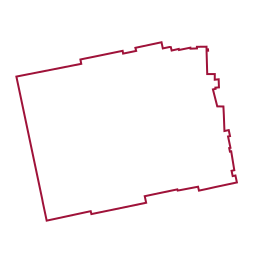 Moreno, Santiago del Estero, Argentina, rotated 168°
{"feature_id": "61730980B85651312060638", "entity_name": "Moreno", "entity_type": "district", "adm_level": 2, "iso_a3": "ARG", "parent_name": "Argentina", "parent_adm1": "Santiago del Estero", "projection": "robinson", "projection_center": [-62.704, -27.304], "detail": "fine", "context": "isolated", "style": "outline", "palette": "rose", "viewbox_px": 256, "rotation_deg": 168, "n_neighbors": 0, "source": "geoboundaries", "source_scale": "gbopen_adm2", "svg_char_len": 1041}
<svg xmlns="http://www.w3.org/2000/svg" viewBox="0 0 256 256"><g transform="rotate(168 128 128)"><path d="M32.8,52.1L32.8,59.2L35.6,59.2L35.6,64.6L32.8,64.6L31.9,83.7L33.2,83.7L33.2,87.3L31.9,87.3L31.9,98.9L29.9,98.9L29.9,105.0L34.3,105.0L31.5,121.1L30.2,129.2L36.2,130.6L36.9,148.1L34.2,148.1L34.1,149.3L30.6,148.8L29.2,156.8L33.1,157.2L31.9,162.7L39.3,164.3L35.1,187.2L35.0,187.3L33.6,187.0L33.4,188.3L34.8,188.6L34.3,191.2L43.7,193.1L44.0,191.5L50.4,192.6L50.3,193.6L61.9,193.7L61.9,194.8L69.2,194.7L69.3,198.2L70.6,198.6L77.4,198.6L77.4,204.9L104.1,204.9L104.0,201.7L117.3,201.8L117.2,204.6L147.2,204.8L156.1,204.9L160.3,204.9L160.4,200.5L225.9,201.5L226.3,201.5L226.5,201.5L226.5,201.4L226.5,200.4L226.5,197.5L226.5,189.4L226.7,81.0L226.7,76.6L226.8,72.6L226.8,54.3L226.5,54.3L226.3,54.3L221.1,54.3L217.7,54.3L181.8,54.4L181.7,51.4L125.8,51.1L125.8,57.7L125.8,57.8L125.7,57.8L117.2,57.8L92.5,57.7L92.4,56.5L90.3,56.4L71.7,56.0L71.6,52.0L63.2,52.0L54.6,52.1L32.8,52.1L32.8,52.1Z" fill="none" stroke="#9f1239" stroke-width="2"/></g></svg>